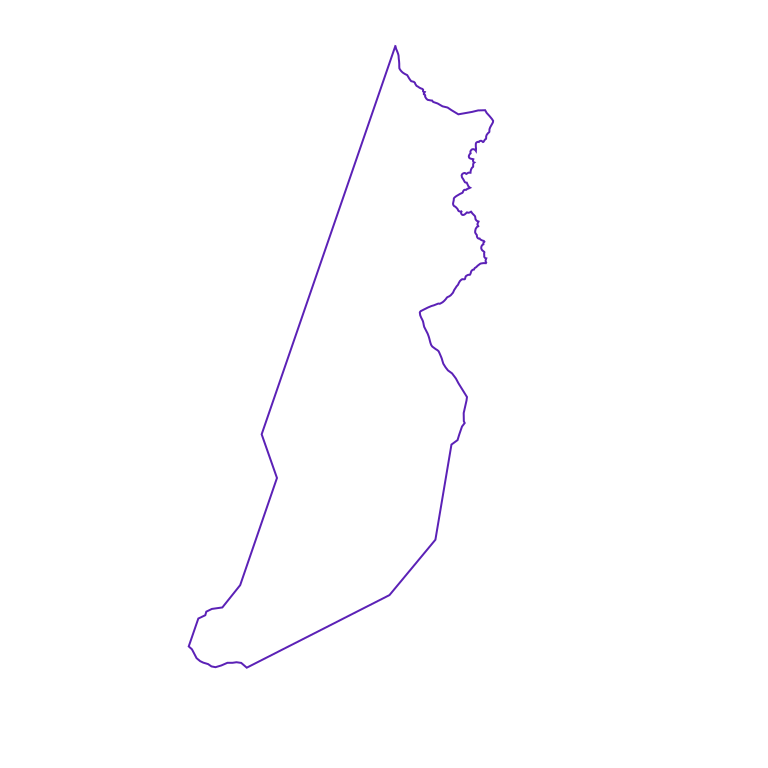 the district of Acurenam, Centro Sur, Equatorial Guinea, rotated 109°
{"feature_id": "11065452B93144755032170", "entity_name": "Acurenam", "entity_type": "district", "adm_level": 2, "iso_a3": "GNQ", "parent_name": "Equatorial Guinea", "parent_adm1": "Centro Sur", "projection": "albers", "projection_center": [10.388, 1.118], "detail": "fine", "context": "isolated", "style": "outline", "palette": "violet", "viewbox_px": 768, "rotation_deg": 109, "n_neighbors": 0, "source": "geoboundaries", "source_scale": "gbopen_adm2", "svg_char_len": 5792}
<svg xmlns="http://www.w3.org/2000/svg" viewBox="0 0 768 768"><g transform="rotate(109 384 384)"><path d="M514.5,284.7L419.3,300.5L413.1,296.2L407.2,296.4L398.8,296.4L394.6,295.0L393.2,296.4L385.5,299.2L372.8,300.6L369.3,301.3L359.1,313.8L355.4,317.8L351.8,323.1L350.3,328.0L348.2,331.2L345.6,334.4L345.5,334.5L345.4,334.6L343.5,336.0L341.1,337.7L339.8,338.8L336.5,341.8L335.2,343.1L334.6,344.6L334.2,346.4L333.0,350.2L332.8,350.7L331.8,352.0L331.6,352.2L331.5,352.3L329.7,353.7L325.9,356.2L324.4,357.3L322.2,359.1L317.0,364.5L315.5,365.5L313.9,366.4L312.1,367.5L310.5,369.0L309.2,370.4L307.5,371.9L307.3,372.1L304.8,373.4L304.6,373.4L304.4,373.4L304.2,373.4L303.9,373.3L303.6,373.2L303.0,372.9L302.9,372.7L302.7,372.6L297.5,367.5L294.8,364.5L293.4,362.5L290.4,359.0L290.3,358.8L290.1,358.3L290.0,357.4L289.3,356.7L287.6,355.2L285.7,354.1L283.6,353.2L281.9,352.7L281.2,352.3L280.0,351.0L278.4,349.8L275.2,348.5L272.1,348.2L270.3,347.7L268.2,347.2L267.9,347.1L266.0,346.3L264.4,346.2L262.3,345.8L262.1,345.7L261.9,345.7L260.0,344.7L259.9,344.5L259.7,344.4L259.4,344.1L259.4,343.9L258.7,341.9L258.2,341.6L256.0,341.8L255.8,341.7L255.6,341.7L255.4,341.6L255.1,341.5L254.9,341.4L253.6,340.2L253.2,339.6L252.8,338.4L251.6,338.1L249.3,338.2L248.6,338.1L247.6,337.6L247.4,337.5L247.2,337.4L247.1,337.2L246.9,336.9L246.5,336.2L245.5,336.1L244.8,335.9L243.4,334.8L241.7,334.0L239.0,332.2L238.5,331.6L237.3,329.3L236.6,327.0L235.9,326.9L235.3,327.5L234.8,327.9L234.4,328.1L233.7,328.2L231.9,328.2L232.0,328.9L231.9,329.5L231.5,330.1L231.1,330.6L230.4,330.9L229.7,331.1L229.3,331.2L228.7,331.6L228.1,331.8L227.2,331.9L226.7,332.0L226.4,332.3L226.2,333.0L225.9,333.8L225.6,334.6L225.3,335.1L224.6,335.8L224.1,336.2L223.2,336.5L222.7,336.6L221.7,336.6L221.2,336.5L220.6,336.3L220.1,336.0L219.6,335.5L219.2,335.7L218.6,335.9L218.1,335.9L217.3,335.6L216.8,335.4L216.4,335.9L216.2,336.3L216.3,336.8L216.3,337.8L216.1,339.3L216.0,339.8L215.6,340.6L215.3,341.0L215.7,341.8L215.6,342.5L215.5,342.8L215.1,343.4L214.6,343.9L214.2,344.2L213.0,344.7L212.9,344.8L211.8,346.4L211.3,346.9L210.9,347.2L210.7,347.2L210.6,347.3L209.9,347.5L208.9,347.7L207.3,347.8L206.8,347.7L206.2,347.5L205.2,347.2L204.7,346.8L204.3,346.3L204.1,346.2L203.7,346.7L203.1,347.3L202.9,347.4L202.8,347.5L202.6,347.5L202.4,347.7L202.2,347.7L201.1,347.7L199.9,347.5L199.6,347.5L199.6,348.9L199.4,349.6L198.8,350.6L198.4,351.1L196.1,352.3L195.5,352.9L193.9,356.1L192.9,357.4L192.7,357.8L193.4,358.4L193.6,358.5L194.2,359.3L194.5,359.8L194.7,360.3L194.7,361.1L194.7,361.4L197.2,362.8L197.7,363.2L198.2,363.8L198.4,364.2L198.6,365.0L198.3,365.7L198.0,366.2L197.4,366.7L196.7,366.9L196.0,367.0L195.4,366.8L194.9,366.6L195.5,367.0L195.9,367.4L196.0,367.6L196.2,368.2L196.2,369.0L196.2,369.4L196.1,369.6L196.1,369.8L195.9,370.1L195.5,370.6L194.8,371.2L194.5,371.6L193.7,373.0L193.1,374.4L193.0,375.4L192.8,375.9L192.4,376.4L192.1,376.8L191.5,377.2L190.8,377.5L187.5,377.9L186.7,378.1L186.2,378.3L185.5,378.3L184.9,378.1L184.7,378.0L184.5,377.9L182.8,376.8L179.4,373.9L177.7,372.1L177.4,372.0L176.8,371.9L175.9,371.9L175.1,371.7L174.5,371.4L174.4,371.3L174.0,370.8L173.9,370.5L173.8,369.9L173.8,369.7L173.3,369.3L172.4,368.8L171.9,368.2L171.8,367.9L171.1,367.2L170.4,366.5L170.3,367.0L169.8,368.0L169.6,368.5L169.0,369.1L168.1,370.0L167.2,370.8L166.8,371.2L166.7,371.3L166.9,371.9L166.9,372.5L166.9,373.1L166.8,373.3L166.4,373.7L166.2,374.0L164.6,375.7L163.4,377.3L163.0,377.7L161.8,378.3L161.6,378.4L161.5,378.5L161.3,378.5L161.1,378.5L160.9,378.5L160.7,378.5L160.2,378.4L159.6,378.1L159.0,377.6L158.6,377.1L158.2,376.4L158.2,375.7L158.6,374.6L158.2,374.2L156.8,373.1L156.5,372.5L156.3,371.8L156.1,371.0L154.4,371.4L153.1,371.5L151.8,371.4L151.7,371.4L150.7,371.1L150.3,370.9L149.7,370.5L149.3,370.5L147.7,371.1L147.3,371.2L146.6,371.3L145.9,371.1L145.5,371.0L145.2,370.8L145.2,371.2L145.1,371.4L144.8,371.9L144.3,372.3L144.1,372.4L144.0,372.5L143.8,372.6L143.6,372.7L142.4,372.7L142.4,373.3L142.6,374.2L142.7,375.0L142.7,375.8L142.6,376.5L142.4,377.0L141.9,377.5L141.2,377.9L140.7,378.0L140.0,378.0L138.9,377.8L138.4,377.6L137.7,377.2L137.4,377.4L137.2,377.5L136.5,377.9L135.8,378.0L135.0,377.9L134.5,377.7L133.8,377.4L133.3,376.9L132.9,376.0L132.8,375.3L132.8,374.8L133.0,374.2L133.4,373.4L133.7,373.0L131.5,373.6L129.6,374.5L127.6,375.2L126.8,375.4L126.1,375.4L125.4,375.1L124.6,374.3L124.4,373.9L124.3,373.1L123.8,373.0L123.6,372.9L123.3,372.7L123.2,372.6L122.7,372.0L122.4,371.3L122.5,370.5L123.0,369.2L122.7,368.8L120.4,368.2L119.8,368.0L119.1,367.5L119.0,367.4L118.1,367.5L117.1,367.9L116.6,368.0L115.5,368.0L115.3,368.0L115.0,368.0L113.4,367.5L113.3,367.4L113.1,367.4L111.8,366.6L111.3,366.5L110.8,366.6L109.2,367.1L108.7,367.2L107.6,367.2L106.2,367.1L102.5,366.4L101.1,366.2L100.0,366.4L99.6,366.5L99.1,367.2L98.3,368.2L96.4,371.3L94.2,375.3L94.0,375.5L92.2,377.5L94.7,384.1L98.1,389.4L102.1,396.6L104.8,401.5L103.1,409.4L101.9,413.9L102.4,419.1L101.3,424.6L101.3,429.3L100.3,430.9L100.6,431.7L100.8,433.1L101.1,435.2L100.7,436.3L100.2,437.2L99.3,438.2L99.1,438.5L98.6,438.8L97.9,438.9L97.5,439.2L97.2,439.7L97.1,440.6L96.0,441.0L95.4,440.6L94.7,440.5L94.9,441.6L94.5,442.4L93.8,442.6L92.9,442.9L92.5,443.9L92.5,445.2L92.3,446.9L91.8,448.6L91.5,450.3L90.1,452.1L89.1,452.9L88.6,454.2L88.8,456.9L87.9,458.3L86.9,459.7L84.4,462.6L84.0,465.5L83.4,467.8L82.6,469.5L81.7,470.9L80.6,472.2L78.9,472.9L76.1,473.9L74.0,474.8L71.3,476.1L68.9,477.1L67.6,477.9L65.7,479.4L63.1,481.7L60.8,483.2L60.8,483.3L471.4,483.3L507.7,454.6L621.0,454.5L647.9,464.1L652.7,473.5L657.1,477.9L660.8,477.7L666.2,483.2L695.7,483.2L697.4,479.2L704.3,471.9L705.9,467.6L706.3,464.2L706.1,459.1L707.2,455.2L706.6,451.1L703.1,446.2L698.6,441.3L697.0,436.6L695.1,432.9L694.2,428.2L696.9,421.4L581.8,310.1L514.5,284.7Z" fill="none" stroke="#5b21b6" stroke-width="2"/></g></svg>